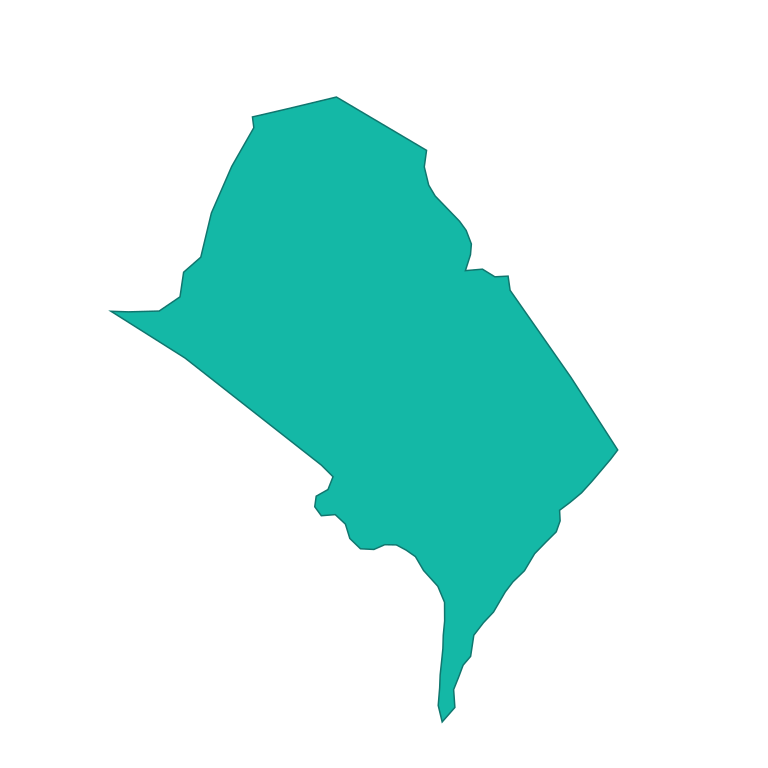 Areia de Baraúnas, Paraíba, Brazil, rotated 316°
{"feature_id": "56859067B67861482735217", "entity_name": "Areia de Baraúnas", "entity_type": "district", "adm_level": 2, "iso_a3": "BRA", "parent_name": "Brazil", "parent_adm1": "Paraíba", "projection": "orthographic", "projection_center": [-36.973, -7.117], "detail": "fine", "context": "isolated", "style": "filled", "palette": "teal", "viewbox_px": 768, "rotation_deg": 316, "n_neighbors": 0, "source": "geoboundaries", "source_scale": "gbopen_adm2", "svg_char_len": 1083}
<svg xmlns="http://www.w3.org/2000/svg" viewBox="0 0 768 768"><g transform="rotate(316 384 384)"><path d="M576.9,245.5L549.1,144.5L503.4,117.6L474.9,100.5L468.4,109.2L425.6,121.7L378.6,141.1L340.3,165.5L317.5,164.4L297.8,179.6L272.9,175.3L250.3,154.6L238.1,142.0L258.9,227.1L282.6,398.9L282.9,415.3L270.4,421.0L257.3,417.6L248.9,424.2L247.4,435.2L258.2,444.1L258.9,458.0L252.1,471.4L252.6,486.2L261.8,496.0L272.9,500.1L281.1,508.3L284.5,518.8L286.7,530.0L282.9,545.7L282.2,566.9L275.9,583.1L263.0,596.6L252.1,605.9L242.6,615.2L234.0,622.5L222.3,632.3L213.0,641.2L199.7,652.9L191.1,667.5L210.3,665.9L221.8,652.2L234.5,646.5L245.6,641.2L257.1,640.1L274.1,627.1L289.7,624.8L304.4,624.1L326.8,617.8L339.2,615.9L355.3,615.9L374.5,610.7L390.8,610.2L405.2,610.0L415.6,604.8L422.6,596.8L435.5,598.4L450.5,599.5L466.7,598.4L494.6,595.6L506.3,593.8L523.1,509.0L539.8,404.2L548.2,392.6L538.2,383.9L534.6,369.8L521.3,359.0L536.0,351.1L544.1,344.0L549.8,330.6L551.4,319.4L551.4,301.1L551.4,284.3L554.3,272.0L563.8,255.8L576.9,245.5Z" fill="#14b8a6" stroke="#0f766e" stroke-width="1.5"/></g></svg>